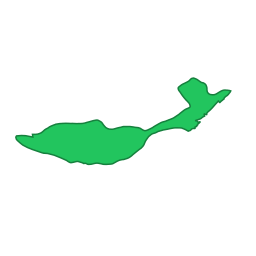 Nghia Hung, Nam Định, Vietnam, rotated 71°
{"feature_id": "81297802B4294080644708", "entity_name": "Nghia Hung", "entity_type": "district", "adm_level": 2, "iso_a3": "VNM", "parent_name": "Vietnam", "parent_adm1": "Nam Định", "projection": "orthographic", "projection_center": [106.157, 20.1], "detail": "fine", "context": "isolated", "style": "filled", "palette": "green", "viewbox_px": 256, "rotation_deg": 71, "n_neighbors": 0, "source": "geoboundaries", "source_scale": "gbopen_adm2", "svg_char_len": 5591}
<svg xmlns="http://www.w3.org/2000/svg" viewBox="0 0 256 256"><g transform="rotate(71 128 128)"><path d="M141.4,106.7L141.4,105.8L141.5,103.7L141.4,102.8L141.3,101.8L141.1,101.3L141.1,100.7L141.2,98.2L141.3,96.9L141.3,95.5L141.6,93.6L142.0,91.0L142.3,88.3L142.7,85.6L143.0,84.2L143.2,83.3L143.9,81.3L144.6,79.4L145.0,78.3L145.4,77.4L147.0,75.5L148.1,74.3L149.3,73.2L150.0,72.6L150.6,72.1L150.6,71.9L150.4,71.5L150.4,71.4L150.5,71.3L150.6,70.9L150.6,70.6L150.6,70.1L150.5,69.8L150.4,69.5L150.3,69.3L150.2,69.0L150.1,68.8L149.8,68.5L149.7,68.3L149.7,68.1L149.6,67.5L149.7,66.9L149.7,66.4L149.8,66.1L150.1,65.4L150.2,65.1L150.2,64.9L150.1,64.7L149.9,64.6L149.7,64.5L149.2,64.5L149.1,64.4L148.9,64.3L148.9,64.1L148.8,63.6L148.9,63.0L148.9,62.9L148.9,62.6L148.7,62.5L148.3,62.3L148.1,62.2L147.9,62.0L147.9,61.3L147.8,61.2L147.6,61.0L147.0,60.6L146.9,60.5L146.8,60.3L146.7,59.9L146.6,59.5L146.5,59.2L146.4,59.0L146.0,58.2L145.8,57.9L145.7,57.9L145.5,58.0L145.6,59.3L145.6,59.5L145.4,59.6L145.0,59.8L144.9,59.9L144.8,60.2L144.6,60.3L143.8,60.5L143.3,60.7L143.2,60.8L143.2,61.0L143.2,61.5L142.9,61.5L142.9,57.5L142.9,56.5L142.9,56.3L142.7,55.8L142.0,53.9L141.9,53.5L141.9,53.3L141.7,51.7L140.2,51.6L139.9,51.5L139.8,51.4L139.6,51.3L139.6,51.2L140.2,50.5L140.5,50.1L140.6,49.9L140.8,49.6L140.9,49.4L140.9,49.2L140.7,49.1L140.2,49.1L139.7,48.6L139.1,47.8L138.7,47.0L138.6,46.6L137.7,44.4L137.3,43.6L136.9,42.8L136.3,41.6L134.1,37.8L134.0,37.6L133.3,36.3L131.9,33.8L133.1,33.3L133.5,33.2L133.8,32.9L133.7,32.7L133.4,32.0L133.3,31.8L132.8,30.8L132.7,30.6L132.7,30.2L132.1,28.8L132.0,28.3L131.9,27.9L131.7,27.7L131.3,27.6L131.1,27.4L130.7,26.9L130.0,25.3L129.9,25.0L129.6,23.7L129.2,22.8L128.6,21.7L128.3,21.4L127.8,20.5L127.4,19.9L127.1,19.5L126.4,18.8L125.8,19.6L125.4,20.2L125.2,20.7L124.8,21.4L124.6,21.8L124.4,22.4L123.8,23.7L123.6,24.3L123.4,25.1L123.3,26.0L123.3,26.5L123.4,27.7L123.5,28.7L123.6,29.0L123.9,30.5L124.1,31.4L124.4,32.7L124.5,33.2L124.6,34.0L124.6,34.9L124.6,35.4L124.6,35.7L124.5,35.9L124.3,36.7L124.0,37.5L123.4,38.7L123.1,39.3L122.8,39.7L122.4,40.1L121.6,40.6L121.0,40.9L120.4,41.1L119.9,41.2L119.3,41.2L119.0,41.2L118.5,41.1L117.5,40.9L116.0,40.4L115.5,40.3L114.2,40.2L113.0,40.3L112.6,40.3L112.2,40.5L111.9,40.6L111.6,40.7L111.3,40.9L110.4,41.6L110.0,41.9L109.8,42.2L109.2,43.2L108.9,43.6L108.7,43.9L108.2,44.3L107.0,45.2L106.2,45.7L105.7,46.1L105.2,46.5L104.5,47.0L104.0,47.5L103.6,47.9L102.6,49.1L102.3,49.5L102.1,49.8L102.1,50.2L101.9,50.8L101.9,51.3L101.9,51.7L101.9,52.0L102.4,53.2L102.9,54.1L103.2,54.7L103.3,55.0L103.6,56.1L103.8,57.4L103.9,58.1L104.0,58.8L104.3,61.4L104.4,62.4L104.5,62.7L104.7,63.6L105.6,66.2L105.8,66.7L106.1,67.2L106.3,67.4L106.5,67.5L106.9,67.7L107.1,67.7L107.7,67.8L108.5,67.8L108.9,67.7L109.5,67.6L110.0,67.4L111.3,67.0L114.3,66.2L115.3,65.9L117.9,65.0L119.4,64.4L120.0,64.2L121.6,63.4L123.9,62.4L124.7,62.1L125.2,62.0L125.6,62.0L126.2,62.0L127.1,62.0L127.3,62.0L127.5,62.0L127.9,62.2L128.1,62.4L128.3,62.5L128.6,63.2L128.8,64.0L129.0,66.9L129.1,67.7L129.5,69.3L129.9,70.5L131.1,74.0L131.5,74.9L131.8,75.8L132.1,77.0L132.8,79.6L132.9,80.1L133.2,81.1L133.3,81.6L133.4,82.3L133.5,83.6L133.6,85.7L133.6,86.8L133.7,87.9L133.7,89.1L133.8,90.3L133.6,93.2L133.6,94.0L133.7,95.2L133.9,96.4L134.1,97.7L134.8,101.4L135.3,103.6L135.6,104.5L135.7,105.2L136.0,107.3L136.3,110.1L136.3,111.0L136.3,111.6L136.2,112.2L136.0,113.0L135.7,113.5L135.0,114.3L133.3,115.8L132.6,116.2L131.9,117.0L131.6,117.4L131.0,118.2L130.9,118.4L129.6,121.2L128.9,122.4L128.3,123.6L127.8,124.6L127.2,125.8L126.8,127.0L125.5,130.9L125.2,131.7L125.1,132.1L125.0,133.4L125.0,134.5L124.9,134.9L124.7,136.3L124.6,137.4L124.5,138.5L124.4,140.8L124.3,142.1L124.2,142.7L124.0,143.6L123.8,144.0L123.4,145.0L122.9,146.2L122.4,146.8L121.9,147.5L121.3,148.0L120.9,148.4L120.5,148.7L119.9,149.1L119.3,149.3L118.7,149.6L116.8,150.3L115.6,150.6L114.6,150.9L114.1,151.1L113.6,151.4L112.7,152.1L112.2,152.6L111.5,153.2L111.1,153.6L110.8,154.0L110.6,154.3L110.4,154.8L110.2,155.4L110.1,156.0L110.0,156.7L109.8,158.0L109.7,159.3L109.6,160.8L109.5,162.8L109.4,164.1L109.3,164.9L109.3,166.7L109.2,167.6L108.9,169.4L108.7,170.2L108.1,172.2L107.7,173.3L107.2,175.0L105.4,179.5L105.3,180.1L104.0,183.4L103.3,185.3L102.3,188.6L102.0,189.8L101.6,191.1L101.5,191.8L101.0,194.6L100.9,195.0L101.0,196.2L101.0,197.5L101.2,200.5L101.4,202.0L101.8,203.1L102.1,204.6L102.2,205.7L102.5,206.7L102.6,207.3L103.0,208.2L103.8,210.1L104.0,210.8L104.3,211.8L104.4,213.8L104.4,214.7L104.3,215.9L104.1,216.5L104.0,217.1L102.9,220.4L105.6,220.9L101.9,227.4L100.4,231.2L99.2,235.9L99.5,236.5L100.4,237.1L102.3,237.2L103.7,236.7L107.1,234.8L109.9,233.0L113.7,229.4L117.1,225.5L123.1,217.8L124.3,216.1L125.9,212.3L129.7,206.6L134.4,201.2L138.6,196.7L140.5,195.3L141.7,194.1L142.2,193.3L142.4,192.3L142.6,190.9L142.8,188.7L143.0,187.2L143.4,186.1L146.2,182.2L147.0,181.7L147.2,181.1L147.4,180.1L147.7,179.4L147.9,179.2L148.4,178.7L149.1,178.0L149.4,177.5L149.7,176.7L150.0,175.6L150.3,174.3L150.4,173.4L150.6,171.3L150.8,170.0L151.0,169.1L151.3,168.3L151.8,167.3L152.2,166.6L153.1,165.0L153.7,164.1L154.3,163.1L154.9,161.6L155.5,159.8L156.3,156.8L156.6,155.7L156.8,154.1L156.7,153.5L156.4,151.8L155.9,149.1L155.8,148.1L155.7,146.4L155.8,145.5L155.9,144.6L156.1,143.4L156.4,142.3L156.4,141.4L156.5,138.7L156.4,137.3L156.3,136.7L155.9,135.0L155.4,133.5L154.8,132.2L153.8,129.5L152.0,124.5L151.3,122.1L150.9,121.4L150.4,120.3L149.8,119.4L149.0,118.4L148.1,117.6L147.1,116.7L145.8,115.4L144.8,114.1L143.5,112.3L142.8,111.3L142.2,109.6L141.8,108.6L141.5,107.5L141.4,106.7Z" fill="#22c55e" stroke="#15803d" stroke-width="1.5"/></g></svg>